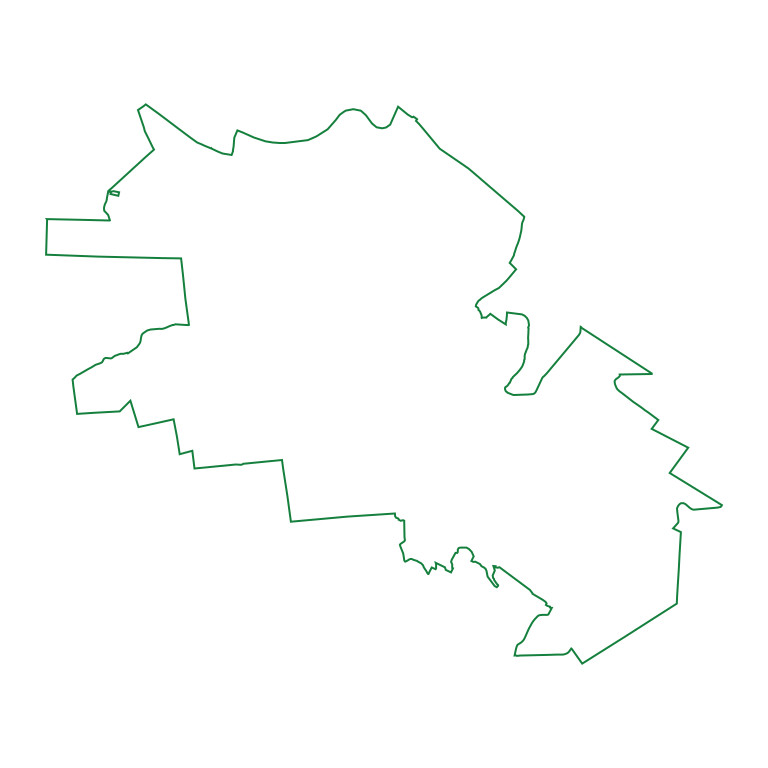 Ciobanu, Constanta, Romania (Equal Earth projection)
{"feature_id": "2599482B30687674073504", "entity_name": "Ciobanu", "entity_type": "district", "adm_level": 2, "iso_a3": "ROU", "parent_name": "Romania", "parent_adm1": "Constanta", "projection": "equal_earth", "projection_center": [28.044, 44.709], "detail": "fine", "context": "isolated", "style": "outline", "palette": "green", "viewbox_px": 768, "rotation_deg": 0, "n_neighbors": 0, "source": "geoboundaries", "source_scale": "gbopen_adm2", "svg_char_len": 6013}
<svg xmlns="http://www.w3.org/2000/svg" viewBox="0 0 768 768"><path d="M237.4,130.4L234.3,137.7L233.6,146.5L232.9,150.5L233.0,151.2L231.6,155.0L222.5,153.5L217.4,151.4L211.4,148.5L211.2,148.1L210.8,148.3L204.5,145.7L200.6,143.9L198.3,143.0L197.0,142.4L190.1,137.4L178.5,128.7L158.9,113.9L145.8,104.4L143.4,106.3L138.0,110.0L143.9,127.5L144.8,131.2L148.0,137.6L152.9,147.7L154.0,149.6L145.1,157.5L112.0,187.8L108.5,190.8L108.1,191.8L108.4,192.1L108.9,191.6L109.7,191.5L111.1,191.6L113.7,191.2L119.1,192.3L118.3,195.8L110.5,194.0L111.1,191.8L109.5,191.7L109.2,191.8L108.3,192.3L108.1,192.3L106.9,198.0L106.8,199.5L106.3,201.4L104.8,204.5L104.3,206.4L104.0,208.1L104.2,210.7L107.9,214.7L108.2,215.1L109.9,220.3L109.6,220.5L80.2,219.8L46.8,219.1L47.1,219.6L46.1,254.7L57.5,255.1L97.8,256.6L162.0,258.1L181.1,258.4L183.0,275.2L185.4,298.9L188.9,324.3L188.9,325.0L188.6,325.1L184.3,324.9L175.4,324.3L173.5,325.0L172.6,325.0L170.1,325.9L166.7,327.4L164.7,328.2L162.6,328.8L161.4,328.9L159.2,328.8L150.7,329.5L147.2,330.5L143.1,333.3L142.1,334.4L141.5,335.6L140.9,338.5L140.7,340.2L140.2,342.4L139.2,344.1L136.8,347.3L127.9,353.4L127.4,352.8L123.5,353.8L120.7,353.8L119.3,354.2L114.8,355.9L112.7,357.4L112.0,358.0L111.4,358.3L110.4,358.4L106.9,358.0L105.6,357.9L104.6,358.4L103.7,359.1L103.0,360.7L102.1,362.1L101.4,362.7L99.5,363.5L95.6,364.8L91.2,367.5L87.8,369.3L79.9,373.9L76.9,375.4L76.3,375.9L74.8,377.6L72.6,379.6L73.3,386.0L77.1,413.9L94.0,412.8L119.7,411.4L130.4,400.7L138.5,427.1L173.6,419.3L177.0,437.0L179.7,454.2L192.3,450.8L194.5,468.5L235.8,464.5L241.3,464.8L242.9,464.1L243.2,463.8L282.0,460.0L283.2,469.0L287.4,496.0L290.9,521.7L347.5,516.6L394.9,513.5L395.1,516.2L396.2,517.8L397.9,518.3L398.5,518.8L398.6,519.7L400.8,520.8L403.0,520.2L404.2,520.7L404.5,537.2L404.9,540.1L404.6,540.9L403.8,541.7L400.4,544.0L399.9,544.8L400.5,546.8L403.2,553.4L404.3,560.4L404.6,561.0L405.1,561.6L405.5,561.6L407.6,560.5L409.1,559.5L409.8,559.2L410.7,559.0L411.7,559.0L413.7,559.9L417.0,560.9L417.8,561.5L421.3,563.4L423.1,565.4L423.8,567.3L425.0,569.2L426.1,570.7L427.5,573.3L428.2,574.0L428.5,574.0L428.8,573.2L431.7,567.5L435.6,569.2L436.1,568.2L436.1,564.4L435.7,562.8L444.9,567.3L445.8,569.9L451.0,572.4L453.0,568.3L452.2,568.0L452.2,564.3L451.1,561.9L451.8,559.6L455.5,552.9L457.3,552.9L457.8,551.9L457.8,549.5L458.7,548.1L460.3,547.6L466.4,547.6L469.1,549.1L471.7,551.9L473.7,556.4L471.4,561.0L473.3,561.9L475.3,561.7L479.9,564.0L481.5,566.2L484.3,567.7L485.6,568.9L486.5,570.9L487.6,576.6L494.7,586.1L496.8,587.2L498.1,585.8L498.1,585.1L497.7,584.6L497.0,584.1L494.1,579.9L494.0,578.9L493.1,577.9L492.7,575.5L494.8,570.5L493.4,566.0L495.6,566.2L495.4,567.4L497.9,567.7L499.4,567.2L529.9,589.9L532.5,593.3L532.5,593.8L543.0,600.0L545.7,602.0L546.6,603.4L545.9,604.9L547.4,605.9L550.0,606.7L550.0,607.5L550.5,607.8L551.8,607.9L550.4,610.6L548.4,614.4L548.0,614.7L546.8,614.9L542.0,614.9L540.1,615.1L538.6,615.5L538.0,615.9L536.4,617.5L534.7,619.3L533.5,620.8L532.3,622.5L531.2,624.4L528.8,628.8L524.9,637.6L524.1,639.2L523.1,640.6L522.1,641.6L521.3,642.4L519.9,643.3L518.4,644.2L517.5,644.9L517.2,645.4L516.5,647.1L516.0,648.9L514.6,655.5L515.6,655.4L516.1,655.5L516.5,655.8L518.2,655.8L519.3,655.6L521.5,655.5L547.7,654.9L557.4,654.6L562.3,654.6L563.5,654.5L565.7,653.9L567.4,653.1L568.4,652.3L569.3,651.3L570.2,650.0L571.3,648.5L571.7,648.8L582.2,663.6L622.9,638.0L676.8,603.6L677.1,596.5L677.9,583.4L678.8,569.3L679.5,555.4L680.9,532.1L673.1,528.4L678.1,522.8L678.4,521.9L678.4,520.4L677.4,512.7L677.0,508.5L677.4,507.4L678.4,505.5L679.7,504.1L680.8,503.3L681.4,503.2L683.5,503.2L685.3,504.0L687.1,505.5L689.7,507.8L691.8,509.2L693.6,509.7L717.6,507.6L720.4,507.0L721.3,506.3L721.3,506.2L721.9,505.1L669.7,473.0L688.2,447.7L651.7,428.9L658.3,420.0L648.3,412.5L644.9,410.2L641.4,407.5L633.3,401.9L622.8,393.7L619.4,391.2L617.6,389.5L616.8,388.5L615.6,385.8L615.0,384.1L614.6,381.9L614.7,381.0L615.0,380.4L615.5,379.7L616.0,379.1L618.1,377.7L619.7,376.2L619.8,375.9L619.8,375.3L619.7,374.5L651.7,374.0L651.7,373.4L581.2,327.6L581.2,327.2L580.7,326.9L580.4,331.4L580.3,332.4L579.9,333.3L578.9,335.0L546.8,373.3L544.0,376.2L542.9,377.1L542.2,378.1L536.6,390.1L535.5,392.2L534.7,393.1L533.7,393.8L532.7,394.1L527.9,394.5L513.9,395.0L513.2,394.9L511.8,394.4L507.5,392.7L507.3,392.3L506.2,391.6L505.7,391.0L505.1,389.5L505.0,388.6L505.2,387.4L507.2,385.9L508.3,384.7L509.0,383.4L509.5,382.9L510.0,382.6L510.2,381.7L510.7,380.8L511.3,379.1L511.6,378.7L512.5,378.0L512.7,377.3L514.2,375.8L516.9,373.3L519.8,369.9L522.0,366.8L522.7,365.4L524.2,361.2L524.1,360.6L524.3,359.7L524.6,359.3L524.7,355.5L525.1,353.5L525.7,352.5L525.8,351.7L526.3,350.8L526.6,349.7L527.6,347.7L528.0,344.8L528.4,344.0L528.2,343.0L528.3,340.9L528.1,338.3L528.2,335.8L528.4,333.1L528.4,331.2L528.6,328.4L528.2,327.9L528.2,327.2L528.7,326.6L529.0,325.1L528.3,320.5L526.8,317.9L524.7,315.8L522.0,314.4L507.0,312.5L506.9,315.3L506.5,319.4L505.8,322.8L505.8,324.4L498.1,319.5L490.3,313.8L489.2,314.9L486.7,317.0L486.4,317.6L484.5,317.5L482.5,317.7L481.8,318.0L481.6,317.7L481.7,316.9L481.6,315.4L480.5,312.6L480.0,311.5L479.4,310.7L478.5,310.1L478.4,308.5L478.1,308.0L477.1,307.2L475.8,306.4L476.1,304.8L477.4,302.4L478.7,300.6L479.9,299.8L481.8,298.1L485.2,296.0L494.7,290.2L498.9,288.0L506.4,280.8L509.0,277.8L516.1,269.3L509.7,262.9L511.0,260.8L513.0,257.1L513.9,255.4L514.2,253.7L515.2,250.8L516.3,247.3L516.9,245.7L518.0,243.1L519.2,239.5L519.8,237.3L521.3,230.6L521.6,228.1L522.0,223.8L522.3,222.6L523.6,219.6L523.8,218.8L524.3,216.9L524.2,216.7L517.6,210.6L482.6,180.6L476.6,175.4L469.8,169.6L468.5,168.5L439.7,148.7L423.5,129.2L419.1,124.0L416.0,120.9L417.1,119.2L413.6,116.7L412.8,117.2L412.0,117.2L407.8,114.6L398.1,106.7L390.2,124.6L386.1,127.5L382.2,128.3L376.6,127.3L372.0,123.5L365.9,115.2L360.9,110.7L353.4,109.2L345.8,110.6L343.4,112.1L339.6,114.9L335.7,120.1L327.6,129.3L316.4,136.4L308.0,140.1L285.0,143.0L279.6,143.0L272.7,142.5L265.4,141.3L253.9,137.5L242.7,132.5L237.4,130.4Z" fill="none" stroke="#15803d" stroke-width="2"/></svg>